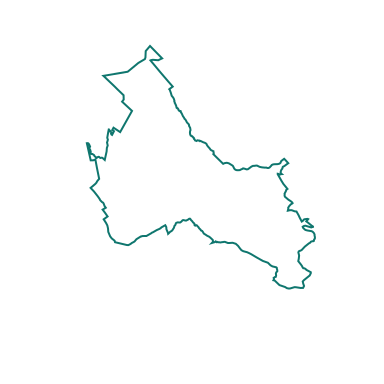 Craiva, Arad, Romania (Robinson projection), rotated 48°
{"feature_id": "2599482B65879006777700", "entity_name": "Craiva", "entity_type": "district", "adm_level": 2, "iso_a3": "ROU", "parent_name": "Romania", "parent_adm1": "Arad", "projection": "robinson", "projection_center": [21.986, 46.592], "detail": "fine", "context": "isolated", "style": "outline", "palette": "teal", "viewbox_px": 384, "rotation_deg": 48, "n_neighbors": 0, "source": "geoboundaries", "source_scale": "gbopen_adm2", "svg_char_len": 6084}
<svg xmlns="http://www.w3.org/2000/svg" viewBox="0 0 384 384"><g transform="rotate(48 192 192)"><path d="M121.1,264.6L126.0,264.5L132.0,264.9L135.4,265.3L135.8,265.5L136.8,265.7L139.3,265.6L140.5,265.2L141.5,265.4L144.0,266.4L146.0,266.6L145.3,270.2L148.8,270.5L153.7,271.1L153.2,275.9L157.5,276.6L160.2,277.3L162.9,278.8L165.6,280.9L170.2,282.5L172.8,282.7L176.4,282.1L177.8,282.8L187.8,275.9L188.9,274.8L189.5,272.5L189.6,270.9L190.2,268.6L190.3,267.6L189.9,264.9L190.8,259.8L191.2,259.3L191.4,258.5L194.2,255.3L195.4,249.8L195.4,249.0L195.8,248.0L196.7,243.7L197.7,240.7L197.7,240.2L197.9,239.7L197.9,239.2L197.8,238.5L198.8,234.1L200.6,234.5L201.3,234.9L202.5,235.9L206.3,237.2L207.1,237.7L207.1,236.9L207.0,235.5L207.0,234.4L207.3,233.6L207.3,232.3L206.5,229.4L205.4,227.6L205.4,226.7L205.2,226.1L204.5,225.0L204.4,224.3L205.1,222.8L205.6,222.4L206.7,221.3L206.9,219.8L206.7,217.9L207.1,217.2L208.8,216.0L209.3,215.5L209.9,213.4L210.0,212.1L210.4,211.4L211.0,211.3L212.0,211.5L213.9,211.4L215.4,211.6L216.2,211.4L217.4,211.5L217.9,212.0L218.4,212.3L218.9,212.2L219.2,212.1L219.3,212.0L219.4,211.1L220.2,210.7L221.4,210.8L222.4,210.7L223.8,211.0L225.7,210.8L226.4,211.1L227.2,210.8L227.7,210.5L229.4,210.7L230.5,211.0L231.0,211.0L233.0,210.4L234.4,210.1L236.9,209.1L238.5,208.9L240.9,208.7L241.7,208.7L242.8,209.5L243.1,210.2L243.2,211.3L244.4,208.8L244.5,207.6L244.8,207.6L245.1,207.3L245.3,207.5L245.8,207.3L245.9,206.9L246.1,206.6L246.9,206.2L247.2,205.7L248.5,204.7L249.4,203.2L250.1,202.3L250.4,201.7L251.1,200.9L254.0,199.4L255.1,198.1L256.9,195.8L259.8,194.1L262.9,193.8L265.9,194.1L268.3,194.2L270.3,193.5L273.7,191.3L275.8,190.4L277.9,189.6L283.7,187.8L290.6,185.5L295.4,182.9L299.0,182.7L301.1,182.0L304.3,179.8L305.0,179.7L305.7,180.2L307.1,180.9L308.0,181.7L308.1,183.2L308.8,184.3L310.3,185.3L311.1,186.5L310.7,187.2L310.5,188.8L311.2,189.1L311.8,189.7L312.1,190.5L313.0,189.8L319.7,189.3L324.9,186.4L327.0,185.8L328.6,184.6L329.4,183.5L331.3,179.5L332.3,178.5L336.1,175.4L337.6,173.6L336.8,171.6L334.6,170.7L332.6,169.6L332.4,167.9L332.8,160.4L331.8,158.0L331.1,157.4L326.4,159.1L325.2,159.1L324.0,159.5L323.1,160.3L321.9,160.2L321.1,159.9L319.1,159.6L314.5,159.3L313.1,157.4L310.9,154.9L308.1,153.4L307.6,152.5L307.7,151.5L308.1,150.9L308.5,149.4L308.1,144.7L308.4,139.4L308.7,138.5L308.7,137.9L308.5,137.1L308.6,136.6L309.3,135.2L309.8,134.7L309.9,134.2L309.1,133.2L308.9,132.5L308.9,132.0L308.4,131.4L307.7,130.8L306.3,130.0L305.5,129.3L304.1,128.9L302.7,128.9L302.1,129.0L301.2,129.3L297.8,132.0L296.1,133.1L294.9,133.3L292.8,133.4L291.9,133.0L292.2,131.4L292.6,130.8L292.9,130.3L298.1,127.1L298.1,126.5L298.9,125.7L298.9,125.4L298.6,125.2L297.0,125.6L292.4,126.3L290.3,126.7L289.9,123.8L289.4,124.0L288.5,125.2L287.4,126.9L287.4,127.9L287.6,128.5L287.4,130.2L283.0,129.1L280.8,128.4L276.4,127.4L275.1,128.6L272.2,130.1L271.0,131.5L270.0,133.3L269.5,132.6L269.0,131.7L268.1,131.1L267.6,129.6L267.4,128.1L267.3,126.7L267.6,125.3L267.6,124.7L266.8,124.5L264.7,124.8L262.2,125.5L259.1,125.9L257.8,126.1L256.7,125.7L256.1,125.0L255.2,124.4L254.2,121.7L253.5,120.5L253.6,119.0L247.2,118.7L243.4,118.0L236.1,116.4L235.8,116.1L236.5,115.6L237.8,115.0L238.0,114.8L238.1,114.0L238.5,113.7L238.8,113.3L238.0,113.4L236.8,113.1L236.0,112.1L235.3,110.7L235.2,110.2L235.1,109.3L234.1,107.8L234.1,107.4L234.5,106.1L235.0,101.2L231.0,101.2L229.0,101.3L228.7,104.9L229.6,107.0L229.4,108.2L228.6,109.7L226.5,112.2L225.8,113.2L225.5,114.0L225.3,114.7L225.5,115.6L225.7,117.8L225.6,118.4L225.2,119.3L224.8,119.7L224.3,120.1L223.6,120.4L222.6,121.6L220.4,123.6L219.3,124.4L218.6,124.9L215.9,126.0L215.4,126.5L214.1,128.4L213.4,129.2L212.9,130.8L212.5,135.1L212.1,135.8L211.7,136.3L210.1,137.2L209.0,137.9L208.6,138.3L208.7,138.6L208.4,139.5L208.1,140.3L207.7,141.9L206.0,143.9L205.2,144.5L204.5,144.8L203.5,145.0L202.3,144.8L200.3,144.2L199.5,144.2L195.4,145.4L194.1,146.2L193.4,146.8L192.3,148.6L191.9,150.0L181.9,150.6L178.1,150.8L177.8,149.9L177.1,149.5L176.6,149.3L176.1,148.8L173.7,149.8L172.9,149.9L171.5,149.7L168.7,149.7L167.2,149.5L166.0,149.1L165.0,149.2L163.9,149.6L162.5,150.4L159.7,151.5L159.5,152.1L158.6,152.2L158.0,152.9L157.7,153.0L157.2,153.4L157.1,154.5L156.1,155.0L155.8,155.2L154.2,154.8L153.9,155.0L153.4,154.8L153.0,154.7L152.8,154.4L152.0,154.6L151.6,154.5L150.5,154.6L150.2,155.0L149.3,155.1L149.0,155.2L148.5,154.9L147.9,154.8L146.6,153.9L145.5,152.7L145.0,151.7L144.1,151.1L143.0,150.4L141.5,150.1L140.8,149.9L140.6,149.6L140.1,149.3L139.5,149.1L137.2,149.2L136.5,149.1L135.5,148.8L133.6,148.4L132.6,148.6L131.4,148.2L129.6,148.0L126.5,147.0L125.6,147.0L125.2,146.9L124.5,146.3L124.2,146.3L123.9,146.8L123.5,147.1L122.8,147.2L121.8,147.1L121.6,147.0L121.5,146.8L120.3,146.6L119.8,146.7L119.7,147.0L119.1,147.1L116.8,145.8L116.2,145.8L115.3,145.4L114.7,145.2L114.2,145.2L113.9,144.9L112.6,144.4L112.4,144.0L111.0,143.3L110.1,143.0L109.0,142.8L106.9,142.7L104.0,141.3L101.0,140.1L100.4,140.1L100.4,139.6L100.5,138.8L100.8,135.8L93.9,135.7L82.0,135.4L66.4,134.8L66.6,134.2L67.2,133.2L67.6,132.6L71.5,128.9L71.6,128.6L71.9,127.4L72.7,124.8L55.4,125.5L56.3,132.1L60.9,136.6L61.7,138.1L60.2,145.5L59.6,159.3L46.4,180.1L61.9,178.9L66.0,178.7L74.3,178.1L77.6,180.9L78.1,183.5L91.6,182.3L99.4,205.3L91.7,207.3L92.6,209.8L94.6,209.3L96.1,213.2L95.4,213.4L94.4,213.1L94.1,212.1L92.5,212.0L91.6,212.0L91.6,212.4L89.9,211.9L89.8,212.0L91.6,214.4L95.0,218.7L96.8,219.5L97.8,221.0L98.3,222.0L101.0,223.5L102.3,225.8L104.7,228.3L109.8,235.4L106.8,235.7L106.2,236.0L105.6,236.9L105.4,237.3L104.8,237.5L103.7,237.6L103.3,237.9L102.8,239.2L102.9,240.2L102.8,240.3L101.8,240.2L100.1,240.4L99.0,240.1L97.1,240.6L96.7,241.1L95.9,241.6L95.5,241.5L94.4,240.5L94.1,240.3L93.9,240.0L93.4,240.0L92.7,240.2L92.4,240.2L92.5,239.9L92.6,239.5L92.5,239.4L91.8,239.3L90.9,239.1L90.1,238.6L90.0,238.3L90.2,237.9L90.2,237.5L89.9,237.2L88.8,237.1L88.5,237.0L88.2,236.7L87.8,236.6L86.6,236.5L86.0,236.7L85.4,237.5L100.7,246.1L102.5,244.0L103.1,242.0L110.3,246.4L120.1,252.2L120.5,255.0L120.7,255.8L121.1,256.6L121.3,258.4L121.1,264.6Z" fill="none" stroke="#0f766e" stroke-width="2"/></g></svg>